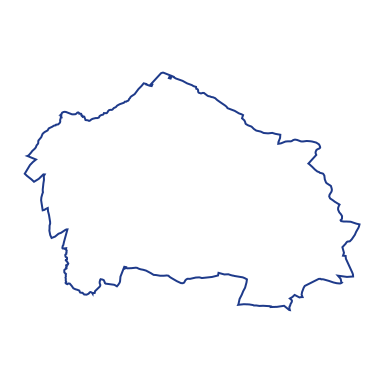 Candelaria, Atlántico, Colombia (orthographic projection), rotated 269°
{"feature_id": "7082276B28023975209321", "entity_name": "Candelaria", "entity_type": "district", "adm_level": 2, "iso_a3": "COL", "parent_name": "Colombia", "parent_adm1": "Atlántico", "projection": "orthographic", "projection_center": [-74.882, 10.487], "detail": "fine", "context": "isolated", "style": "outline", "palette": "blue", "viewbox_px": 384, "rotation_deg": 269, "n_neighbors": 0, "source": "geoboundaries", "source_scale": "gbopen_adm2", "svg_char_len": 5867}
<svg xmlns="http://www.w3.org/2000/svg" viewBox="0 0 384 384"><g transform="rotate(269 192 192)"><path d="M305.8,177.8L307.2,175.6L307.5,175.7L308.4,173.7L305.8,172.6L306.3,170.9L309.0,172.2L311.8,165.5L311.8,164.6L311.3,163.1L300.5,152.8L300.1,154.2L298.6,153.5L299.0,151.5L300.3,148.1L300.8,148.2L301.5,145.6L298.8,143.3L295.9,140.3L291.4,136.8L290.8,136.3L288.7,133.0L288.0,132.2L286.8,131.5L286.2,130.8L285.0,130.3L284.3,129.6L284.2,128.9L283.5,127.9L283.5,126.5L282.4,125.4L281.1,121.4L280.3,119.8L279.6,118.6L278.2,117.3L277.3,115.3L275.8,113.9L275.5,113.1L275.6,111.9L275.3,110.5L274.3,109.5L273.5,109.1L272.4,108.2L272.3,107.8L272.4,105.4L272.1,105.4L270.9,104.4L270.5,102.6L269.6,101.0L268.1,100.2L267.6,98.8L267.6,97.0L267.0,94.2L266.4,92.8L265.1,91.1L264.9,90.3L265.5,89.1L265.8,86.8L269.2,85.6L269.3,85.2L269.0,84.2L269.8,83.9L269.6,83.5L270.2,82.9L270.7,82.7L271.3,82.9L272.1,82.5L272.2,82.1L272.2,80.7L272.8,80.6L273.5,79.8L273.4,78.8L272.4,77.8L271.8,76.7L271.7,74.6L271.8,73.3L274.2,67.4L274.4,66.0L274.2,64.9L273.6,63.6L271.8,62.5L271.3,61.9L271.1,62.7L270.2,62.5L269.1,62.8L269.2,62.2L268.6,62.3L268.5,62.1L266.2,61.4L264.8,61.5L264.0,61.3L263.1,60.7L261.9,59.3L261.7,57.3L261.6,57.1L261.0,56.8L260.9,55.7L260.6,54.8L259.8,53.6L258.1,49.9L256.1,48.7L254.5,45.7L253.3,44.2L252.5,43.5L249.4,42.2L246.2,39.4L245.5,39.2L243.6,39.1L242.9,38.8L241.3,37.4L239.3,36.6L238.0,35.5L235.8,33.0L234.1,31.7L231.9,29.7L231.2,28.9L230.9,28.0L227.2,36.6L224.7,33.4L221.8,30.5L213.2,25.1L211.1,27.2L207.4,31.7L205.0,34.2L207.8,39.0L212.2,43.7L212.1,45.0L210.7,44.2L210.0,44.1L206.7,44.2L203.4,43.6L197.1,42.8L195.2,42.8L194.5,43.0L192.3,42.2L189.2,41.3L186.4,41.0L176.3,42.4L176.7,44.1L177.6,45.5L178.5,47.5L175.3,47.7L171.6,48.6L164.6,49.6L162.8,49.6L160.9,49.0L157.6,48.9L155.9,48.7L151.4,49.5L148.5,50.8L149.8,54.3L152.6,57.8L153.5,60.4L156.4,64.9L156.8,66.0L156.8,66.8L144.2,63.1L141.2,62.4L140.3,61.8L138.3,61.4L137.8,61.7L137.7,62.3L138.0,65.2L137.5,65.1L137.0,64.5L136.7,65.1L135.7,65.7L135.3,65.6L135.2,65.4L134.1,65.6L133.5,65.2L132.4,65.3L131.6,64.3L130.5,64.2L129.3,64.6L128.6,65.8L127.3,65.9L126.7,65.8L126.4,65.5L126.3,64.7L125.9,64.6L124.1,66.2L123.5,66.5L123.1,66.5L122.7,67.0L121.6,66.6L121.3,66.1L121.1,65.0L120.4,64.8L119.7,65.5L119.4,65.5L118.5,64.7L117.7,65.1L116.9,63.7L116.4,63.1L115.5,62.9L113.8,63.0L112.8,63.9L112.6,64.3L112.2,64.6L111.4,64.3L109.6,64.4L108.6,64.0L107.6,64.3L105.5,64.2L104.2,64.7L103.7,64.1L103.3,64.0L102.5,64.7L102.0,65.7L102.7,66.9L102.5,68.2L100.2,70.1L97.8,71.7L96.8,73.7L96.2,75.7L95.4,77.6L94.0,78.1L93.4,78.5L93.1,80.3L92.8,80.9L92.9,81.0L91.4,82.4L91.2,84.8L91.8,86.2L92.5,87.3L93.1,87.6L93.7,88.5L93.7,89.0L93.2,89.9L92.7,90.5L92.0,90.9L92.8,91.0L92.7,92.9L94.6,93.4L98.9,98.0L99.9,98.6L100.7,98.7L102.5,98.1L103.7,98.1L105.8,98.7L106.4,99.1L106.0,101.0L105.4,102.2L104.2,102.8L102.4,103.4L101.9,104.0L100.6,112.5L100.3,113.2L99.0,115.3L100.7,116.8L102.7,118.1L104.0,118.5L108.6,119.0L118.4,123.0L118.1,124.4L117.6,124.0L117.5,124.5L117.0,124.2L117.2,124.6L116.8,126.1L116.9,130.1L117.3,134.5L117.1,135.8L116.3,137.3L115.6,139.3L115.1,141.8L114.2,144.7L111.6,149.4L109.8,152.2L109.6,154.6L108.8,158.8L108.8,163.1L109.0,165.2L108.7,167.0L107.5,168.2L106.5,169.7L103.1,175.3L101.1,179.4L101.0,180.7L101.0,181.3L101.6,182.6L103.8,183.8L104.7,184.8L105.3,185.9L105.2,188.6L106.4,194.3L106.5,197.0L106.5,198.0L105.8,200.4L106.7,210.5L108.1,216.6L110.7,217.1L109.0,222.9L109.1,226.9L108.2,229.4L107.6,231.7L107.6,232.1L107.3,233.0L105.8,241.2L105.0,243.1L103.7,245.4L100.6,244.9L95.4,243.4L92.0,241.5L88.3,239.9L84.2,237.7L79.0,236.5L78.4,236.2L78.9,241.9L78.6,247.2L77.9,251.0L77.5,251.8L77.4,254.5L76.9,257.5L77.0,261.0L76.5,267.6L76.2,269.0L75.6,268.8L75.7,275.1L76.6,282.1L72.3,287.2L72.2,287.8L73.7,287.4L75.4,287.4L76.0,287.6L76.5,288.1L78.1,288.5L80.1,289.7L81.2,290.0L81.7,290.0L82.5,289.5L83.8,288.0L85.2,290.5L87.3,292.8L84.7,297.6L85.0,299.1L85.0,300.7L87.4,299.8L90.0,300.3L94.3,302.0L96.1,303.1L102.9,317.2L102.9,319.1L102.4,319.7L102.5,320.9L102.3,322.1L100.7,327.4L99.1,331.8L98.3,335.0L98.0,337.5L98.0,338.8L98.4,339.7L98.8,340.3L99.3,339.7L102.2,339.2L103.1,338.7L105.8,336.4L104.4,345.4L104.7,351.6L106.7,351.5L108.5,350.9L122.6,344.7L125.4,344.5L125.7,341.9L128.5,342.9L134.2,341.4L137.6,344.7L138.7,345.4L139.5,346.2L139.8,347.1L139.8,348.1L140.0,349.0L141.9,350.9L146.4,354.1L149.3,355.4L153.3,357.8L154.8,358.4L156.7,358.9L157.5,355.7L159.5,350.1L159.8,345.6L159.8,343.3L160.3,340.6L161.2,340.1L162.1,341.1L162.9,341.5L165.3,341.6L167.2,340.5L169.1,338.9L171.7,337.8L173.5,337.8L175.6,338.6L176.8,339.3L179.7,334.7L181.5,332.4L182.9,330.3L183.3,329.9L185.2,329.1L186.9,329.5L190.0,331.5L191.6,331.9L193.1,331.7L195.6,331.0L198.5,326.7L199.3,326.1L202.3,325.0L206.1,324.6L207.9,323.5L208.2,323.0L209.0,320.1L209.7,319.4L210.3,317.7L212.3,315.3L215.2,312.5L217.9,309.6L218.4,308.9L226.9,316.9L227.9,316.5L229.0,316.2L230.2,316.4L231.3,316.9L232.0,317.3L232.9,319.0L233.3,320.1L234.1,320.9L235.2,320.8L237.3,319.9L238.5,318.2L239.3,316.9L240.4,312.9L240.7,311.0L241.0,307.6L240.6,304.0L240.6,302.6L240.7,301.8L242.2,298.0L242.6,295.9L242.2,294.2L241.4,293.0L240.9,291.7L241.0,288.8L240.8,286.3L239.1,281.8L238.7,279.1L240.4,279.3L244.5,281.0L247.7,281.3L248.7,276.3L249.7,273.3L249.3,269.1L249.7,265.2L249.8,264.6L251.2,261.8L252.3,257.3L254.0,254.9L256.0,253.0L256.4,252.5L257.7,249.2L259.0,247.1L259.5,246.7L260.9,246.4L262.7,245.6L264.8,243.3L268.0,244.4L268.8,243.0L269.8,240.3L272.4,236.1L275.2,229.0L276.6,228.1L277.9,226.6L281.3,221.8L283.5,218.8L285.4,216.8L285.8,215.9L286.3,214.8L286.7,212.8L287.2,211.8L287.6,210.0L288.0,209.2L290.8,205.7L290.9,204.5L290.4,202.7L291.1,200.6L291.4,200.2L292.3,199.9L293.3,199.9L294.4,199.6L295.1,198.5L295.1,198.1L295.4,198.0L297.0,197.9L297.8,195.4L298.9,193.7L300.7,189.0L303.3,184.5L305.8,177.8Z" fill="none" stroke="#1e3a8a" stroke-width="2"/></g></svg>